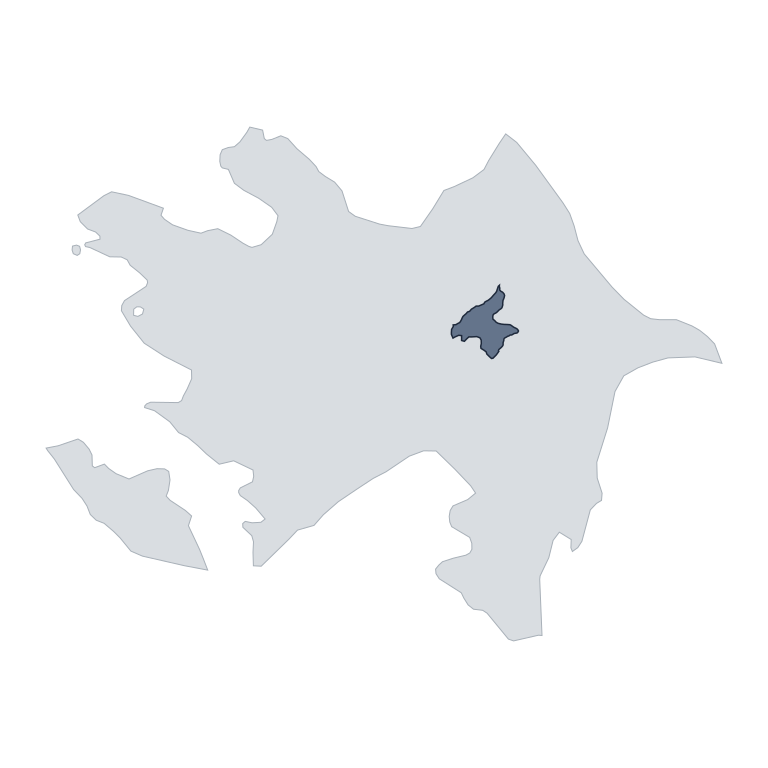 location of Agsu District, Ağsu, Azerbaijan
{"feature_id": "54616110B12323901372431", "entity_name": "Agsu District", "entity_type": "district", "adm_level": 2, "iso_a3": "AZE", "parent_name": "Azerbaijan", "parent_adm1": "Ağsu", "projection": "robinson", "projection_center": [48.44, 40.562], "detail": "fine", "context": "in_parent", "style": "filled", "palette": "slate", "viewbox_px": 768, "rotation_deg": 0, "n_neighbors": 0, "source": "geoboundaries", "source_scale": "gbopen_adm2", "svg_char_len": 4914}
<svg xmlns="http://www.w3.org/2000/svg" viewBox="0 0 768 768"><path d="M542.0,635.5L538.5,635.2L513.6,640.9L508.4,639.1L487.1,613.2L482.7,610.3L473.5,609.2L468.1,604.9L463.8,598.0L461.3,592.8L439.3,578.8L436.0,573.7L435.6,569.1L438.8,565.1L442.5,561.7L453.3,558.2L465.8,555.2L469.8,553.0L471.9,549.3L471.8,543.3L469.7,537.4L451.7,526.7L449.8,522.1L449.2,516.4L450.2,510.5L453.0,505.9L467.7,499.6L475.6,493.1L470.7,485.8L454.9,469.2L436.2,451.0L423.6,450.8L409.2,456.2L386.0,471.8L373.2,478.4L356.5,489.4L338.3,501.7L323.4,514.7L314.0,525.4L297.5,530.1L289.0,539.1L261.2,566.2L253.4,565.8L253.0,552.4L253.5,541.8L251.8,535.7L242.9,527.3L242.7,523.6L245.2,521.4L252.1,522.8L260.9,522.3L265.1,519.0L255.7,507.9L247.4,500.5L240.3,495.6L238.7,492.6L238.7,490.5L240.3,487.9L252.5,481.8L253.7,476.3L253.0,470.0L233.7,460.8L219.2,464.2L206.4,453.9L198.1,445.9L187.8,437.3L178.6,432.6L169.8,421.8L154.5,410.7L144.6,407.6L144.8,405.9L146.6,403.9L150.7,402.2L178.2,402.6L181.6,400.6L183.4,395.9L187.2,388.9L191.7,378.7L191.5,370.0L164.0,356.0L144.2,343.2L130.6,326.2L121.4,310.7L121.8,305.5L124.5,300.6L146.1,286.4L147.6,282.7L147.2,280.1L139.6,272.8L130.2,265.3L127.2,259.8L121.2,257.0L109.8,256.8L89.8,247.5L85.6,246.6L84.7,244.8L85.7,242.9L100.0,239.2L99.9,236.1L95.6,232.0L87.6,229.0L80.3,221.7L77.8,215.0L103.9,195.7L111.6,191.8L128.5,195.4L163.4,208.2L161.0,215.3L164.5,219.3L172.5,224.8L187.9,230.3L201.0,233.2L207.6,230.7L217.8,228.7L230.8,235.1L242.8,243.1L248.8,246.4L252.0,247.4L261.2,244.7L272.3,234.3L276.8,221.7L278.0,215.7L271.7,207.3L258.6,198.2L243.8,190.3L234.4,183.3L228.4,169.4L222.3,167.9L220.8,166.1L219.8,161.4L220.1,154.8L222.3,149.7L228.3,147.5L234.4,146.7L239.9,141.9L246.8,132.4L249.8,127.1L262.6,130.1L264.3,138.6L266.5,140.4L271.9,139.4L280.8,135.8L287.8,138.6L296.9,148.7L309.4,159.4L316.1,166.6L318.8,171.6L325.2,176.4L334.6,182.1L342.0,190.9L348.6,211.5L355.3,216.3L379.6,224.1L388.1,225.7L412.0,228.5L420.4,226.5L432.8,208.7L443.9,190.5L454.2,186.6L472.9,177.8L484.0,169.5L488.7,160.5L499.2,143.5L505.7,133.9L516.7,142.4L535.8,165.4L563.0,202.9L569.7,213.5L574.1,225.8L578.0,240.7L584.2,253.9L612.0,287.0L624.0,299.3L643.6,315.1L650.6,318.7L659.7,319.7L676.4,319.7L691.9,325.9L699.6,330.3L707.5,336.6L714.6,343.9L721.9,363.3L695.0,356.9L668.0,357.9L652.8,362.1L638.0,367.8L623.8,375.8L615.0,391.5L607.6,427.9L596.8,462.2L597.2,478.0L602.1,493.2L601.5,500.4L596.5,503.4L590.3,509.9L581.9,541.3L577.8,547.6L572.4,551.5L570.9,547.8L571.2,539.5L559.3,532.2L553.1,540.4L548.8,557.7L540.1,575.9L539.7,579.3L542.0,635.5ZM142.5,314.0L143.8,309.1L140.4,306.9L136.8,306.8L133.7,309.2L133.6,315.3L137.9,316.4L142.5,314.0ZM51.9,455.9L47.9,450.9L46.1,448.1L58.1,445.8L78.0,439.0L83.4,442.3L89.1,449.1L92.0,455.0L92.3,465.9L94.7,467.7L104.4,464.1L108.7,468.5L116.1,473.7L129.0,479.0L147.7,470.8L157.0,468.7L164.6,468.9L168.7,471.4L170.0,479.9L168.4,490.4L166.2,496.1L170.1,500.3L185.3,510.4L191.6,516.0L188.4,525.7L199.6,549.5L203.3,558.7L207.7,570.1L184.4,565.7L142.4,556.1L130.9,551.1L120.1,537.9L113.7,531.5L104.1,523.3L96.2,520.2L90.3,514.5L87.0,506.0L82.1,498.4L73.6,489.5L54.4,459.1L51.9,455.9ZM79.8,253.7L77.2,255.4L73.3,253.7L72.1,250.0L72.5,246.1L76.5,245.1L79.6,246.3L80.5,249.8L79.8,253.7Z" fill="#d9dde1" stroke="#a8b0b8" stroke-width="1"/><path d="M499.4,285.3L498.3,286.3L497.2,289.5L496.7,291.2L495.7,292.8L494.4,294.2L493.1,295.6L492.3,296.6L490.9,298.1L489.2,299.5L488.0,300.4L486.3,301.2L484.7,302.2L483.9,303.8L481.6,304.8L478.6,306.1L476.1,306.1L474.5,307.3L473.4,308.0L471.4,309.2L470.9,309.8L469.6,311.3L468.2,311.8L467.5,312.0L466.2,313.6L465.0,314.6L463.0,316.4L462.2,317.9L461.5,319.6L460.5,321.4L459.6,322.6L457.4,323.7L456.1,324.6L453.4,324.9L453.2,324.9L453.3,326.5L451.6,329.4L451.4,332.4L451.4,334.4L453.0,338.1L454.9,337.0L458.7,335.3L461.6,335.6L461.6,337.7L461.6,340.5L464.4,341.3L466.8,338.8L468.9,336.9L471.9,336.9L476.8,336.6L479.9,337.8L481.2,340.1L481.3,343.6L480.7,346.3L481.0,348.4L483.8,350.1L486.2,351.9L486.8,354.0L489.4,356.6L491.5,358.5L492.5,358.3L492.9,358.3L496.3,354.9L497.4,353.4L498.8,351.4L498.5,351.1L498.5,350.4L498.9,349.5L499.6,348.9L501.0,347.7L501.7,347.0L502.7,345.8L503.1,344.9L503.1,343.5L503.1,342.7L503.8,340.5L503.9,339.1L504.4,338.2L505.8,337.4L506.8,336.9L507.5,336.3L508.8,336.0L510.2,335.0L511.6,335.0L512.6,334.5L513.9,333.6L515.2,333.3L517.0,333.0L517.8,332.3L518.5,331.0L517.8,329.7L516.8,328.7L515.4,328.0L513.7,327.2L512.6,326.4L511.1,325.3L509.9,324.7L507.2,324.5L504.1,324.4L501.4,324.1L499.7,323.7L497.8,323.2L496.0,322.1L494.8,320.7L494.1,320.1L493.0,319.2L492.8,317.9L492.8,316.3L493.1,314.9L494.1,313.8L495.2,313.3L496.3,312.7L497.0,312.1L498.5,310.6L499.4,309.7L500.9,308.8L501.9,307.8L502.3,306.7L502.8,304.9L502.7,303.6L502.8,302.4L503.0,300.4L503.6,299.1L504.1,297.7L504.6,295.5L504.0,293.8L502.6,292.2L500.8,291.2L499.7,290.0L499.8,288.1L499.3,286.3L499.4,285.3Z" fill="#64748b" stroke="#1e293b" stroke-width="1.5"/></svg>